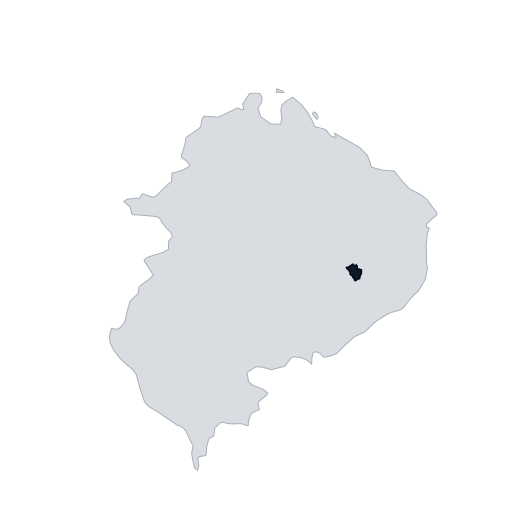 Angkor Thum, Siemréab, Cambodia shown in context, rotated 146°
{"feature_id": "14789045B45657319092410", "entity_name": "Angkor Thum", "entity_type": "district", "adm_level": 2, "iso_a3": "KHM", "parent_name": "Cambodia", "parent_adm1": "Siemréab", "projection": "mercator", "projection_center": [103.881, 13.579], "detail": "fine", "context": "in_parent", "style": "filled", "palette": "ink", "viewbox_px": 512, "rotation_deg": 146, "n_neighbors": 0, "source": "geoboundaries", "source_scale": "gbopen_adm2", "svg_char_len": 5419}
<svg xmlns="http://www.w3.org/2000/svg" viewBox="0 0 512 512"><g transform="rotate(146 256 256)"><path d="M424.4,111.1L425.4,114.9L422.6,122.0L419.7,128.4L414.2,134.0L413.9,138.1L412.0,150.5L412.7,154.4L414.0,157.7L415.8,159.5L420.6,171.6L425.0,182.5L429.3,191.5L430.0,197.2L426.1,211.5L421.5,224.7L421.9,231.3L423.8,237.9L425.9,246.6L426.7,257.8L425.6,265.1L423.5,269.7L419.5,274.3L416.1,276.7L411.9,272.7L408.6,272.6L404.1,273.7L400.6,275.6L393.5,282.4L385.6,289.0L374.7,290.7L370.4,295.6L365.9,296.3L357.2,296.5L351.6,297.7L351.8,300.2L351.4,311.8L351.5,314.5L350.6,315.3L346.7,315.6L340.1,313.8L331.1,311.0L324.7,310.5L321.4,315.6L319.5,317.6L317.1,317.9L314.5,318.8L313.7,321.0L313.5,323.9L314.7,328.7L315.2,336.4L314.8,341.7L317.2,345.0L330.9,356.1L334.9,358.9L335.4,360.6L333.0,366.6L335.1,375.2L330.8,375.0L323.7,371.4L320.2,369.1L316.1,370.9L314.7,370.6L311.8,366.4L308.2,362.1L304.4,361.8L296.4,363.5L288.3,364.7L285.2,364.7L283.9,365.4L279.2,371.8L277.2,370.7L269.0,368.3L261.5,367.4L259.9,369.0L260.8,374.2L262.5,379.3L261.5,381.4L257.4,384.1L252.0,388.9L248.6,392.6L246.3,393.5L238.0,393.4L229.8,393.9L226.5,397.4L223.4,400.1L220.7,400.9L209.9,392.2L188.5,389.1L186.1,385.3L184.1,384.5L182.1,389.5L170.4,394.3L165.4,391.4L161.8,387.9L162.4,383.6L165.8,380.1L171.6,377.6L174.3,368.8L169.9,357.5L166.0,354.2L161.8,351.6L157.5,355.8L153.9,363.0L150.1,366.7L144.7,367.5L136.8,367.2L133.8,356.5L132.8,347.2L133.8,336.7L135.0,330.5L127.5,321.9L127.0,313.7L123.4,309.5L122.3,311.6L122.4,314.0L121.4,312.2L109.4,288.2L107.4,277.0L109.5,268.4L110.7,265.5L107.2,261.0L102.4,255.8L93.8,249.1L93.2,238.4L91.3,225.8L88.8,221.5L84.8,213.7L82.7,207.3L82.0,190.2L83.1,188.9L89.1,188.4L96.9,187.1L98.2,184.4L96.8,182.1L101.8,178.3L108.9,169.8L114.4,160.9L118.4,155.3L120.8,149.8L128.8,141.9L139.9,136.5L147.4,135.2L155.2,133.3L162.7,130.7L166.3,130.5L175.6,133.6L180.7,134.5L185.9,134.4L191.4,134.7L196.2,134.4L207.6,132.2L219.7,134.0L230.5,132.6L243.9,130.0L250.5,131.6L256.5,134.2L257.3,139.4L258.7,141.8L260.7,143.6L263.3,143.6L266.8,140.0L269.6,136.2L270.5,135.5L270.7,137.4L272.1,141.4L274.6,145.4L277.2,148.1L281.5,151.6L284.3,151.8L293.5,148.5L307.2,153.3L308.8,155.7L313.2,160.6L318.0,164.2L328.7,164.4L332.5,155.7L330.7,150.4L324.6,141.2L322.9,135.8L324.9,134.8L335.2,133.8L336.9,132.7L339.1,126.7L342.0,127.4L347.7,128.2L353.7,124.1L357.3,119.8L359.3,121.7L361.4,124.7L363.8,126.5L368.1,129.1L372.9,132.7L375.9,136.3L378.3,137.7L384.4,136.7L386.1,136.8L389.6,132.5L392.1,130.1L394.3,130.8L397.4,130.8L403.8,125.2L407.4,120.2L409.4,118.8L415.2,121.3L417.5,120.8L420.8,113.9L424.4,111.1ZM129.7,342.3L128.6,342.9L127.5,342.9L126.3,341.9L126.4,338.0L127.3,335.7L129.2,335.2L129.7,342.3ZM147.7,380.3L145.3,382.9L141.5,377.5L141.5,376.0L147.7,380.3Z" fill="#d9dde1" stroke="#a8b0b8" stroke-width="1"/><path d="M176.3,185.6L177.2,186.5L177.4,186.9L177.5,187.0L177.8,187.4L177.9,187.5L178.0,187.6L178.2,187.8L178.4,188.0L178.5,188.2L178.7,188.3L178.8,188.4L179.0,188.5L179.5,188.6L179.9,188.6L180.0,188.6L179.9,188.8L179.7,188.9L179.6,189.0L179.4,189.1L179.2,189.2L179.1,189.3L178.9,189.4L178.7,189.5L178.6,189.8L178.5,190.0L178.4,190.2L178.3,190.3L178.2,190.4L178.1,190.5L177.9,190.8L178.0,190.8L178.1,191.0L178.2,191.3L178.2,191.5L178.3,191.7L178.3,191.8L178.2,192.0L178.2,192.4L178.1,192.5L178.4,192.5L178.5,192.5L178.8,192.5L179.1,192.5L179.3,192.6L179.5,192.8L179.5,193.0L179.8,193.4L179.9,193.5L180.0,193.6L180.1,193.8L180.3,194.1L180.5,194.3L180.7,194.5L180.4,194.8L180.3,195.0L180.7,195.0L180.9,195.0L181.1,195.0L181.4,195.0L181.6,195.0L181.9,195.1L182.1,195.0L182.4,195.0L182.7,195.1L183.0,195.1L183.4,195.1L183.7,195.1L183.9,195.1L184.2,195.1L184.5,195.1L184.8,195.1L185.0,195.1L185.4,195.1L185.7,195.1L185.8,195.1L186.1,195.1L186.3,195.1L186.5,195.1L186.8,195.1L186.9,195.9L187.0,195.9L187.3,195.9L187.5,195.9L187.6,195.7L187.5,195.4L187.5,195.2L187.7,194.9L187.6,194.7L187.4,194.5L187.4,194.4L187.3,194.2L187.3,193.9L187.4,193.7L187.5,193.6L187.5,193.4L187.4,193.3L187.3,193.2L187.2,193.2L187.1,192.9L187.1,192.7L187.0,192.4L186.9,192.3L187.0,192.2L187.0,191.9L187.0,191.7L187.1,191.3L187.1,191.2L187.2,190.9L187.3,190.7L187.2,190.5L187.2,190.4L187.1,190.1L187.0,189.9L186.9,189.7L187.0,189.6L187.2,189.4L187.2,189.2L187.3,189.1L187.4,188.9L187.5,188.9L187.7,188.7L187.8,188.7L188.0,188.7L188.0,188.4L188.1,188.2L188.2,187.9L188.2,187.7L188.0,187.4L187.9,187.4L187.7,187.3L187.7,187.2L187.6,186.9L187.5,186.7L187.4,186.6L187.4,186.4L187.3,186.2L187.4,185.9L187.4,185.7L187.4,185.4L187.5,185.3L187.5,185.2L187.5,184.8L187.5,184.7L187.6,184.4L187.6,184.2L187.6,183.9L187.6,183.7L187.5,183.4L187.4,183.2L187.4,182.9L187.4,182.7L187.3,182.4L187.2,182.4L187.2,182.2L187.3,182.1L187.4,181.9L187.5,181.8L187.5,181.7L187.6,181.4L187.7,181.2L187.7,180.9L187.8,180.8L187.8,180.7L187.7,180.4L187.5,180.2L187.4,180.1L187.3,179.9L187.1,179.8L186.9,179.7L186.7,179.7L186.4,179.7L186.2,179.8L185.8,180.0L185.6,180.1L185.3,180.2L185.1,180.3L184.9,180.2L184.6,180.0L184.5,179.9L184.4,179.8L184.1,179.7L183.9,179.7L183.7,179.6L183.4,179.5L183.1,179.4L182.8,179.3L182.7,179.3L182.4,179.6L182.2,179.8L182.1,180.1L182.0,180.3L181.9,180.5L181.7,180.7L181.2,180.9L180.7,181.2L180.1,181.6L179.8,181.8L179.4,182.0L179.2,182.2L178.9,182.3L178.5,182.5L178.2,182.9L177.8,183.3L177.6,183.7L177.4,183.9L177.2,184.1L177.1,184.3L177.1,184.9L177.0,185.0L176.5,185.4L176.3,185.6Z" fill="#0f172a" stroke="#020617" stroke-width="1.5"/></g></svg>